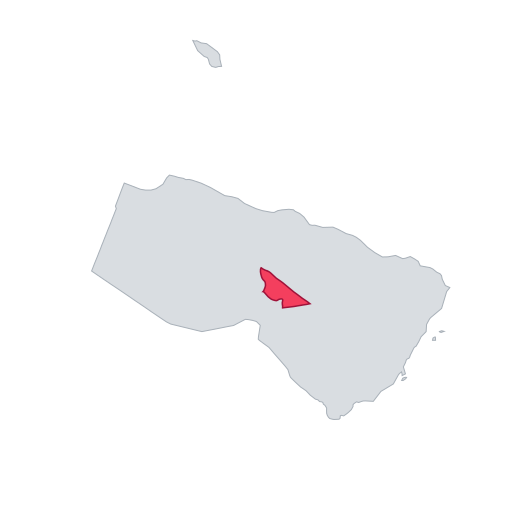 location of Al Abr, Hadramawt, Yemen, rotated 223°
{"feature_id": "15242507B3031648883440", "entity_name": "Al Abr", "entity_type": "district", "adm_level": 2, "iso_a3": "YEM", "parent_name": "Yemen", "parent_adm1": "Hadramawt", "projection": "robinson", "projection_center": [47.548, 15.923], "detail": "fine", "context": "in_parent", "style": "filled", "palette": "rose", "viewbox_px": 512, "rotation_deg": 223, "n_neighbors": 0, "source": "geoboundaries", "source_scale": "gbopen_adm2", "svg_char_len": 6296}
<svg xmlns="http://www.w3.org/2000/svg" viewBox="0 0 512 512"><g transform="rotate(223 256 256)"><path d="M402.1,219.5L386.0,226.0L381.7,228.9L377.8,232.5L375.0,237.0L373.0,245.0L374.6,252.2L374.5,256.1L370.3,258.6L366.4,260.5L362.0,263.3L359.4,264.0L357.2,266.3L354.7,267.8L345.7,271.9L335.8,275.1L320.1,278.8L314.0,282.9L308.5,285.8L300.1,286.6L288.5,290.5L282.1,293.6L274.2,298.7L272.4,300.3L271.0,304.0L268.6,307.3L263.8,312.6L260.2,315.3L257.7,315.4L253.1,316.9L247.5,317.2L238.3,315.4L235.9,316.7L233.9,318.7L226.7,322.4L219.4,329.6L214.1,331.5L205.5,333.8L199.5,336.9L195.4,338.1L190.2,338.7L180.5,338.4L171.4,339.5L162.9,341.5L158.9,345.4L154.3,351.6L146.9,354.1L145.2,356.3L142.8,360.8L138.0,362.0L133.7,362.7L129.2,360.8L120.8,366.2L117.7,367.1L112.8,367.4L109.4,368.5L107.0,368.2L103.9,366.0L97.4,363.5L92.7,365.1L92.3,360.0L84.5,344.2L86.2,330.4L86.2,328.5L84.6,322.3L80.0,316.7L80.2,309.6L78.6,304.5L77.4,299.3L77.8,297.9L77.9,296.7L75.5,288.6L74.7,287.0L74.4,285.3L75.2,284.0L75.2,282.5L74.0,280.0L72.6,275.4L66.3,271.7L67.6,268.2L68.8,269.4L70.5,270.5L70.9,268.2L70.9,266.5L68.3,256.1L72.3,242.2L71.1,229.7L77.2,224.6L78.7,223.1L79.6,221.7L81.0,218.9L83.0,217.9L83.7,214.9L83.6,213.4L82.4,212.1L81.5,208.6L81.8,204.2L82.1,202.3L82.8,198.9L84.9,197.7L85.4,196.7L83.8,194.5L84.0,193.2L87.5,189.6L89.0,188.6L91.3,187.4L93.1,187.5L95.2,188.1L97.0,189.1L98.8,190.9L100.7,193.0L103.7,193.8L105.7,193.6L107.3,194.5L108.7,194.0L110.2,192.9L112.7,193.0L115.0,191.8L121.4,191.2L127.5,191.6L134.0,190.6L140.4,190.6L146.9,190.7L148.3,190.9L149.7,191.5L155.2,194.7L159.3,195.3L167.6,196.2L176.5,197.1L184.2,198.0L190.7,197.2L196.1,196.6L197.6,196.7L199.2,198.7L202.5,203.6L205.6,208.2L211.0,208.4L214.4,206.7L218.2,204.3L220.6,202.4L223.3,194.8L225.0,189.9L229.0,184.5L232.3,179.9L236.7,173.8L239.2,170.4L244.0,163.8L248.6,161.2L257.5,156.2L266.2,151.3L271.9,148.1L276.7,146.7L284.8,145.4L294.3,143.9L303.9,142.5L314.0,140.9L325.3,139.2L333.1,138.0L342.9,136.4L351.2,135.1L358.5,134.0L366.0,132.9L367.4,136.5L368.9,140.2L370.3,143.9L371.7,147.6L373.2,151.3L374.6,155.0L376.1,158.6L377.5,162.3L379.0,166.0L380.4,169.7L381.9,173.4L383.3,177.1L384.7,180.8L386.2,184.4L387.6,188.1L389.1,191.8L390.5,195.4L392.8,196.6L394.2,200.0L396.2,204.9L398.2,209.7L400.2,214.6L402.1,219.5ZM425.0,367.4L427.0,367.9L430.0,366.6L438.7,366.4L449.2,370.5L447.2,371.6L446.1,373.1L441.5,374.4L436.9,377.6L423.6,379.1L419.7,378.3L416.5,375.2L410.5,371.2L412.9,368.7L413.4,367.6L414.2,366.4L417.6,364.5L420.9,364.8L425.0,367.4ZM70.2,318.2L69.8,319.0L69.2,318.8L67.2,316.8L69.4,314.7L70.6,316.7L70.2,318.2ZM64.1,269.1L63.1,269.9L62.8,268.4L63.5,265.2L64.6,264.3L65.3,266.7L64.8,268.0L64.1,269.1ZM69.2,328.0L67.0,329.2L68.5,326.3L70.0,325.7L70.4,325.8L69.2,328.0Z" fill="#d9dde1" stroke="#a8b0b8" stroke-width="1"/><path d="M200.2,237.4L194.0,244.7L193.9,244.9L193.6,245.2L191.5,248.0L189.3,250.8L188.6,251.8L185.9,255.2L184.0,257.9L186.1,257.7L186.6,257.7L191.2,257.0L192.9,256.7L199.9,256.0L203.8,255.5L217.9,254.7L219.6,254.5L220.6,254.4L225.9,253.6L227.2,253.6L228.4,253.6L230.7,253.6L233.1,253.6L233.3,253.6L233.6,253.6L234.7,253.5L234.9,253.5L235.0,253.5L235.4,253.4L235.6,253.4L235.9,253.3L236.2,253.2L236.5,253.2L236.9,253.0L237.1,253.0L237.2,252.9L237.4,252.8L237.6,252.8L237.6,252.7L237.9,252.7L238.2,252.5L238.4,252.4L238.5,252.4L238.8,252.3L239.1,252.2L239.3,252.1L239.5,252.0L239.7,251.9L239.9,251.8L240.0,251.8L241.8,251.3L242.0,251.2L242.4,251.2L242.6,251.1L242.9,251.1L243.1,251.1L243.5,251.0L243.9,251.0L244.0,251.0L244.2,250.9L244.1,250.6L244.1,250.4L244.0,250.2L243.9,249.9L243.8,249.7L243.7,249.5L243.6,249.4L243.5,249.2L243.4,249.1L243.2,249.0L243.1,248.8L243.0,248.7L242.9,248.5L242.8,248.4L242.7,248.3L242.5,248.1L242.3,247.8L242.2,247.7L241.8,247.4L241.6,247.2L241.4,247.0L241.2,246.9L241.0,246.7L240.7,246.5L240.5,246.4L240.4,246.3L240.3,246.2L240.2,246.2L239.9,245.9L239.6,245.8L239.3,245.6L239.1,245.4L238.8,245.3L238.7,245.2L238.4,245.0L238.1,244.8L237.9,244.7L237.7,244.5L237.4,244.4L237.1,244.3L236.9,244.2L236.7,244.1L236.4,244.0L236.3,243.9L236.1,243.9L235.9,243.8L235.6,243.7L235.4,243.7L235.1,243.6L234.9,243.6L234.7,243.5L234.4,243.5L234.2,243.5L233.7,243.5L233.3,243.5L233.1,243.4L232.9,243.4L232.7,243.4L232.3,243.4L232.1,243.3L231.9,243.2L231.7,243.1L231.4,243.0L231.2,242.9L230.8,242.6L230.7,242.5L230.4,242.3L230.3,242.2L230.1,242.0L229.9,241.8L229.7,241.7L229.5,241.4L229.3,241.2L229.1,241.1L229.0,240.9L228.9,240.8L228.8,240.7L228.7,240.5L228.6,240.3L228.4,240.1L228.3,239.8L228.2,239.6L228.0,239.4L227.9,239.1L227.9,238.9L227.8,238.7L227.7,238.6L227.6,238.4L227.6,238.2L227.4,237.9L227.4,237.7L227.3,237.4L227.2,237.2L227.1,236.9L227.0,236.7L226.9,236.5L226.8,236.2L226.7,236.0L226.7,235.8L226.6,235.7L226.6,235.4L226.6,235.2L226.6,234.9L226.5,235.0L226.3,235.0L226.0,235.0L225.7,235.0L225.4,235.0L225.2,235.0L224.9,235.0L224.7,235.0L224.4,235.0L224.1,235.0L223.9,235.0L223.8,234.9L223.6,234.9L223.4,234.9L223.2,234.9L222.9,234.8L222.6,234.8L222.4,234.8L222.1,234.8L221.9,234.7L221.7,234.7L221.4,234.7L221.2,234.7L220.9,234.6L220.6,234.6L220.4,234.6L220.1,234.6L219.8,234.5L219.6,234.5L219.3,234.5L219.0,234.5L218.9,234.5L218.7,234.5L218.1,234.6L217.8,234.6L217.6,234.6L217.3,234.6L217.0,234.7L216.9,234.7L216.6,234.7L216.2,234.7L215.7,234.8L215.4,234.8L215.1,234.9L214.9,235.0L214.7,235.1L214.4,235.2L214.2,235.3L213.8,235.4L213.7,235.5L213.3,235.7L213.2,235.7L213.0,235.8L212.8,235.9L212.7,236.0L212.3,236.2L212.1,236.3L211.8,236.4L211.7,236.5L211.2,236.8L211.0,237.0L210.8,237.1L210.7,237.2L210.6,237.3L210.4,237.6L210.3,237.8L210.2,238.1L210.1,238.3L210.0,238.6L210.0,238.9L209.9,239.1L209.8,239.3L209.8,239.6L209.6,239.9L209.6,240.0L209.4,240.3L209.3,240.5L209.1,240.7L208.9,241.0L208.7,241.4L208.5,241.6L208.3,241.8L208.1,242.0L207.9,242.1L207.7,242.2L207.5,242.3L207.3,242.3L207.0,242.3L206.8,242.3L206.7,242.2L206.4,242.0L206.4,241.9L206.2,241.7L206.0,241.4L205.9,241.3L205.8,241.2L205.7,240.9L205.5,240.6L205.4,240.5L205.3,240.4L205.2,240.2L204.9,239.7L204.7,239.6L204.5,239.3L204.3,239.1L204.1,239.0L204.0,238.8L203.9,238.8L203.7,238.6L203.3,238.3L203.1,238.1L202.9,238.0L202.9,237.9L202.7,237.8L202.6,237.7L202.3,237.5L202.2,237.3L202.0,237.1L201.9,237.0L201.8,236.9L201.7,236.7L201.2,236.2L200.2,237.4Z" fill="#f43f5e" stroke="#9f1239" stroke-width="1.5"/></g></svg>